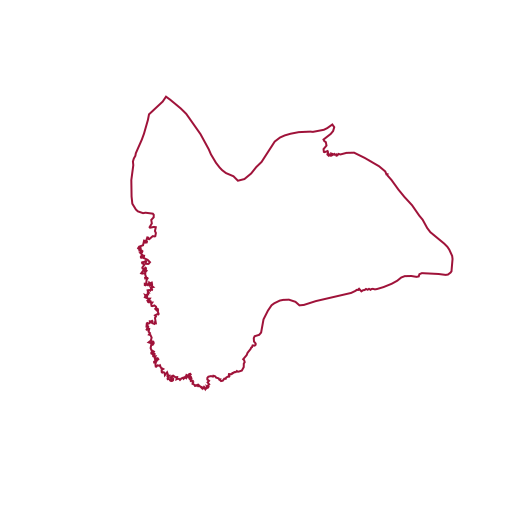 the district of Tha Bo, Nong Khai, Thailand, rotated 305°
{"feature_id": "78962969B97829088345215", "entity_name": "Tha Bo", "entity_type": "district", "adm_level": 2, "iso_a3": "THA", "parent_name": "Thailand", "parent_adm1": "Nong Khai", "projection": "orthographic", "projection_center": [102.483, 17.794], "detail": "fine", "context": "isolated", "style": "outline", "palette": "rose", "viewbox_px": 512, "rotation_deg": 305, "n_neighbors": 0, "source": "geoboundaries", "source_scale": "gbopen_adm2", "svg_char_len": 6157}
<svg xmlns="http://www.w3.org/2000/svg" viewBox="0 0 512 512"><g transform="rotate(305 256 256)"><path d="M332.6,401.0L334.8,400.3L337.1,401.7L346.0,415.9L349.3,422.2L350.9,423.9L354.1,424.9L355.6,424.9L366.3,418.7L368.6,416.6L372.1,410.6L373.3,407.5L374.1,403.1L375.5,385.2L377.1,380.2L381.3,371.7L382.7,366.6L387.1,354.7L389.5,343.7L392.1,334.5L396.0,323.3L397.4,317.5L398.4,316.8L397.7,316.0L399.4,313.4L400.1,305.4L398.7,288.8L396.9,277.1L392.4,271.0L387.6,266.9L386.9,264.9L385.2,265.0L384.4,264.4L385.2,263.4L384.2,262.6L384.5,261.7L383.9,261.5L383.1,258.9L382.2,259.7L382.3,260.6L381.2,260.0L380.8,259.3L381.4,258.5L380.8,258.2L381.0,257.7L379.9,257.8L380.1,256.3L382.4,255.4L383.0,254.4L380.4,252.6L380.2,251.9L382.3,250.0L386.9,250.4L389.3,247.9L389.3,246.1L390.1,244.5L398.9,247.2L402.6,247.5L406.4,246.2L407.5,243.1L401.6,241.0L398.3,239.2L390.3,231.4L389.0,229.1L382.0,220.0L376.0,214.2L371.3,210.4L366.8,207.7L360.5,205.7L336.2,206.6L329.0,205.2L320.8,204.7L312.4,202.4L307.3,198.0L308.4,191.8L306.7,183.8L306.9,179.0L307.6,175.5L309.4,169.7L313.4,160.8L316.3,156.1L324.0,140.6L332.4,117.4L333.7,109.7L334.8,96.2L334.9,90.9L329.0,91.0L310.7,87.1L305.5,89.4L291.9,94.1L285.9,95.7L271.3,98.6L268.9,99.7L265.8,100.0L262.8,101.0L260.0,103.4L246.7,110.3L233.3,120.0L227.9,124.7L225.2,130.9L224.8,133.6L226.3,138.9L228.1,140.7L231.5,147.2L231.1,148.6L229.0,150.0L225.5,149.5L222.9,152.0L218.6,152.3L218.4,153.0L221.3,155.7L222.1,157.4L218.5,158.9L217.4,160.8L214.6,162.1L214.0,161.9L213.0,160.0L208.5,158.9L208.3,158.3L209.2,157.1L208.9,156.3L205.8,157.2L205.3,158.4L204.4,158.7L203.5,157.7L204.6,156.1L204.4,155.5L200.0,157.3L196.6,154.9L194.7,155.0L194.6,156.0L196.3,156.9L195.7,157.5L193.6,157.5L193.8,158.3L194.9,159.2L194.8,160.2L193.8,160.5L192.2,159.4L191.8,162.1L189.3,162.1L188.7,162.7L189.0,163.4L191.6,163.5L192.0,164.2L189.9,165.2L190.7,169.4L190.1,172.7L187.9,172.5L186.9,171.1L187.0,169.8L187.3,169.3L188.5,169.1L188.5,168.5L186.2,167.2L185.7,166.4L185.1,166.5L184.7,167.2L185.2,169.6L181.4,169.5L180.7,170.2L180.8,171.7L183.0,172.2L182.9,172.9L181.4,173.6L181.2,174.8L180.6,174.7L179.7,173.3L180.0,172.0L176.0,171.9L176.3,172.9L178.6,175.1L177.3,175.8L175.7,178.0L174.6,177.6L174.1,178.1L175.7,179.6L175.6,180.0L173.9,180.0L170.2,182.0L169.5,180.8L168.4,181.6L168.6,182.3L170.2,182.9L170.1,183.8L171.5,183.8L171.0,184.9L172.4,185.2L173.1,184.3L173.2,185.5L174.4,185.9L174.1,186.3L171.5,186.6L172.6,187.5L171.7,188.1L171.6,189.6L169.8,188.1L169.0,190.1L168.6,190.2L168.3,188.9L167.0,189.2L166.8,188.0L165.7,186.9L164.9,187.8L164.4,189.4L163.5,188.7L162.6,189.7L161.7,188.8L160.7,189.7L160.4,187.6L159.9,188.4L158.5,188.6L159.2,192.1L160.2,193.5L158.8,193.6L157.2,192.7L156.4,194.1L156.6,194.8L158.1,194.9L158.5,195.5L157.6,196.4L158.4,197.7L156.5,197.7L155.2,199.1L155.7,200.1L157.2,201.1L157.1,203.2L156.3,204.0L154.9,203.8L154.6,205.4L156.1,205.2L156.3,205.8L155.6,206.7L154.0,207.6L152.7,209.5L152.1,209.5L151.6,208.4L149.4,207.3L149.1,208.7L147.3,208.8L143.4,212.6L143.2,212.3L143.5,211.3L142.1,211.7L141.5,209.4L141.9,208.8L143.1,208.7L143.3,208.1L142.2,207.6L141.6,206.5L140.6,207.4L139.0,206.8L138.8,205.4L138.2,205.2L135.3,206.8L135.5,207.3L136.6,207.4L136.3,208.2L133.0,208.6L133.0,209.0L135.0,209.8L135.1,210.3L132.4,211.4L132.0,213.4L130.2,213.4L130.7,214.9L129.3,217.3L126.4,218.4L123.7,217.6L124.5,220.4L126.6,220.2L126.9,220.8L126.6,221.6L125.7,222.3L124.0,222.3L123.0,221.2L120.1,222.5L118.9,224.4L119.1,227.1L118.5,227.0L118.4,225.9L117.0,225.6L116.1,226.2L116.2,227.0L117.8,227.5L117.6,229.2L117.2,229.3L116.1,228.6L115.0,229.1L114.9,229.5L116.2,231.2L114.5,231.4L113.3,232.8L113.4,233.3L114.4,233.0L115.6,233.6L115.8,234.3L115.4,235.2L113.7,234.7L112.2,234.9L111.6,234.4L111.6,233.4L110.9,233.2L110.3,233.7L111.0,235.1L109.4,235.9L107.9,237.3L108.1,237.8L110.0,238.1L110.6,239.7L111.4,240.0L109.9,242.2L110.2,244.8L108.4,244.1L106.8,245.4L106.7,246.1L107.5,246.5L107.9,247.4L107.5,248.5L106.2,249.7L109.7,249.9L107.7,252.7L108.2,253.5L107.3,253.4L107.2,252.5L106.8,252.3L106.3,252.9L106.1,254.2L104.7,254.0L104.5,254.3L105.2,254.8L105.3,255.9L104.8,256.9L104.9,258.2L105.8,259.1L106.7,259.3L107.7,258.7L106.6,257.5L107.8,255.7L109.0,255.9L109.1,256.9L109.9,256.4L110.5,256.7L110.5,259.6L111.5,260.8L109.4,261.6L110.5,262.3L111.2,263.4L110.9,264.8L112.9,265.1L114.5,266.1L113.9,267.1L115.8,267.6L115.9,269.0L117.0,268.8L117.4,268.3L116.7,268.1L116.5,267.3L117.8,267.6L118.7,267.3L118.9,268.3L118.0,268.5L118.1,269.5L121.0,269.0L121.8,269.7L121.5,270.4L120.1,270.0L119.5,270.3L119.7,271.9L118.8,273.2L118.0,272.8L117.8,271.6L117.4,271.7L117.0,273.7L116.4,274.2L117.3,274.7L117.5,275.7L116.6,276.0L116.7,276.9L114.9,277.3L115.2,279.8L114.6,280.5L115.2,281.3L116.0,281.3L116.3,282.4L117.2,282.2L117.5,282.5L117.3,283.4L116.4,283.6L117.2,284.9L116.7,287.6L117.5,287.2L117.6,288.6L119.0,288.5L118.9,289.0L117.7,289.2L118.2,289.8L117.8,290.8L118.7,290.6L118.7,291.2L119.8,291.6L120.6,290.8L120.4,291.9L120.8,292.2L121.5,292.1L121.3,291.4L122.0,291.5L122.3,290.9L124.0,291.3L124.7,288.8L126.8,289.1L126.9,287.0L128.2,286.1L129.8,286.2L131.8,288.0L132.5,289.9L133.4,289.7L133.6,290.1L134.0,291.7L133.5,293.0L134.3,295.6L133.7,296.8L134.4,297.5L133.7,297.8L133.5,299.1L134.8,300.3L137.4,300.4L138.0,301.6L139.2,301.3L140.4,301.8L141.4,302.5L141.6,303.1L142.5,303.1L142.9,302.0L143.8,301.6L145.0,303.6L146.1,304.1L146.7,303.8L147.4,304.7L148.5,304.8L149.2,306.0L150.8,306.3L150.7,307.3L151.2,308.0L154.0,310.1L157.9,309.7L160.9,307.7L162.6,307.6L163.9,305.9L164.1,304.7L169.4,305.2L171.9,304.6L176.6,304.9L178.2,304.6L179.0,305.0L180.8,304.5L181.8,306.3L183.1,306.6L184.1,305.9L184.8,303.4L187.4,301.3L189.5,300.9L193.2,303.8L196.2,304.1L208.4,298.5L218.1,297.1L224.6,297.0L227.8,298.1L233.2,301.1L235.6,303.4L239.1,308.0L241.1,314.6L240.5,319.9L243.4,323.3L253.4,330.9L280.3,355.1L284.7,357.6L285.9,357.8L286.9,359.3L287.5,359.0L288.3,359.2L287.5,362.6L289.5,363.4L290.4,364.5L292.1,365.0L292.4,366.8L293.9,367.4L294.0,369.2L295.1,369.5L296.1,370.5L296.9,372.6L298.4,374.1L303.7,378.3L311.1,383.1L316.8,385.9L321.7,387.3L324.8,389.4L328.7,394.7L331.0,399.5L332.6,401.0Z" fill="none" stroke="#9f1239" stroke-width="2"/></g></svg>